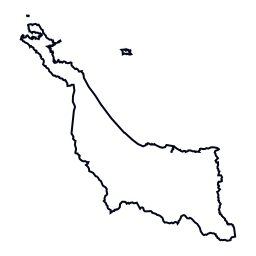 the district of Kusapín, Ngöbe Buglé, Panama
{"feature_id": "35544464B37118693502086", "entity_name": "Kusapín", "entity_type": "district", "adm_level": 2, "iso_a3": "PAN", "parent_name": "Panama", "parent_adm1": "Ngöbe Buglé", "projection": "natural_earth1", "projection_center": [-81.617, 8.861], "detail": "fine", "context": "isolated", "style": "outline", "palette": "ink", "viewbox_px": 256, "rotation_deg": 0, "n_neighbors": 0, "source": "geoboundaries", "source_scale": "gbopen_adm2", "svg_char_len": 5655}
<svg xmlns="http://www.w3.org/2000/svg" viewBox="0 0 256 256"><path d="M110.6,212.8L112.8,211.2L114.2,211.0L114.6,209.8L115.9,209.9L116.4,209.3L117.6,209.3L118.9,208.3L119.8,207.2L120.0,204.1L122.3,201.7L125.5,201.9L126.7,203.7L128.2,202.8L129.2,203.7L130.3,202.9L132.3,202.4L133.9,203.3L136.8,202.7L140.1,208.7L140.8,207.8L142.4,207.4L143.3,208.2L143.8,210.3L145.1,211.4L150.9,211.1L151.8,211.8L152.3,212.8L156.0,213.9L157.0,214.8L159.7,215.6L162.4,217.8L163.6,221.4L164.8,222.6L166.1,222.3L169.7,223.4L171.6,222.6L172.6,223.3L173.7,223.0L174.5,222.2L175.9,222.1L177.2,222.6L177.6,223.7L178.6,222.3L178.7,221.0L179.7,220.0L180.8,217.9L181.1,216.5L182.5,215.5L184.0,215.1L185.1,215.7L187.3,218.3L189.2,218.4L189.9,217.8L191.5,218.6L194.9,222.3L197.2,223.9L199.7,227.5L200.8,231.4L202.8,234.4L203.9,235.0L205.4,234.6L206.4,234.9L207.9,233.8L210.3,232.8L212.5,233.4L213.8,233.3L214.7,234.1L215.6,234.1L216.0,235.9L217.1,236.5L217.5,238.0L218.8,238.4L219.3,239.4L220.3,240.2L221.6,239.8L222.5,240.2L225.0,239.8L226.6,240.6L228.7,240.6L230.6,240.0L230.6,239.0L231.8,237.3L235.2,236.6L234.1,228.0L233.4,226.2L232.8,225.9L232.8,225.0L231.2,224.1L229.5,224.4L229.0,223.9L228.2,224.5L227.7,224.4L227.3,223.8L227.7,223.5L227.2,223.2L226.6,221.4L225.1,220.2L225.0,218.8L222.1,216.2L221.4,214.8L220.2,214.3L220.4,213.3L219.3,212.7L219.6,211.2L218.8,209.5L219.8,207.4L219.6,206.2L220.7,203.9L218.9,201.7L219.0,200.6L218.3,200.2L218.7,198.0L218.0,197.2L218.5,195.3L217.2,191.9L218.1,191.5L220.0,189.3L218.3,188.0L218.2,187.3L219.1,186.1L218.6,185.2L217.9,184.9L218.2,182.4L218.8,181.7L219.8,181.9L221.9,181.0L221.9,179.9L221.3,179.0L222.1,177.3L221.0,175.3L218.3,175.3L219.4,171.3L218.4,170.8L218.2,168.8L217.5,168.4L217.5,166.4L218.1,165.3L218.0,162.3L216.5,162.6L215.5,160.7L218.0,158.2L215.7,155.4L215.5,153.7L214.7,152.6L215.3,150.9L218.3,149.7L218.9,149.2L218.6,148.8L216.7,147.8L213.5,147.3L211.0,147.3L208.6,148.5L206.2,148.2L205.0,149.0L203.3,149.1L200.6,148.6L199.9,149.0L199.7,150.3L198.4,151.5L198.7,151.8L195.6,151.5L195.3,152.9L195.4,151.8L194.6,151.2L192.6,151.3L190.4,150.4L188.3,150.5L187.9,151.1L186.0,151.8L186.1,151.4L184.0,150.8L182.7,151.6L180.9,151.0L180.2,149.9L179.6,150.2L177.3,148.9L174.1,146.5L173.3,147.3L173.3,149.2L171.9,150.6L171.6,152.7L171.4,151.3L172.1,150.1L173.1,149.2L173.0,148.4L172.8,148.8L172.1,149.4L172.9,148.6L172.9,147.3L173.5,146.2L166.5,145.0L165.0,147.2L162.1,147.7L160.0,147.1L154.5,144.5L154.4,144.1L153.0,144.7L151.9,143.9L151.0,144.7L148.0,143.2L147.4,144.0L147.2,143.7L146.1,144.1L145.7,145.3L143.0,146.3L137.9,144.0L132.2,139.6L125.0,133.0L124.1,132.6L111.3,118.3L100.7,104.1L95.3,95.6L88.8,86.9L83.8,77.6L83.7,75.2L83.1,74.1L83.3,73.6L81.7,72.0L81.8,71.1L79.1,71.6L77.8,69.5L76.3,68.6L75.6,69.1L75.0,68.9L71.5,65.4L71.5,62.8L70.8,62.4L68.9,63.1L67.1,63.1L65.9,62.8L65.6,61.9L63.8,61.4L62.3,62.6L61.5,61.9L60.3,62.3L60.0,61.8L59.6,62.2L58.3,60.8L58.9,59.2L56.9,62.2L56.4,62.5L55.0,61.8L55.0,62.8L54.4,62.8L53.6,61.5L54.4,61.5L54.7,60.8L54.1,60.5L54.1,59.5L53.6,59.2L53.6,57.2L52.3,54.5L52.6,54.1L52.4,53.4L52.9,53.3L53.1,52.8L52.8,51.8L52.2,52.2L51.7,52.1L51.6,51.6L50.8,51.8L51.0,50.8L50.2,50.6L50.3,49.9L50.7,49.7L50.7,48.8L50.0,48.6L50.3,47.4L49.6,47.2L49.2,47.7L49.0,47.1L48.4,47.2L47.4,46.5L49.3,46.1L49.5,45.6L50.6,45.6L51.1,46.2L52.4,46.1L52.8,45.8L52.3,45.6L52.4,45.1L55.0,44.4L55.8,43.1L53.2,42.9L52.8,42.4L52.9,41.6L51.5,39.7L49.6,39.7L46.4,37.5L45.7,35.4L44.8,34.8L43.1,32.4L42.7,30.0L41.4,29.4L38.7,24.7L37.2,25.2L36.8,24.5L35.5,23.9L33.9,24.2L32.3,25.1L32.0,24.4L30.8,24.2L28.3,24.7L28.0,25.0L28.7,27.0L28.6,28.7L29.1,29.1L29.4,31.2L29.8,31.0L32.1,33.1L32.7,32.0L34.6,31.8L35.6,32.9L36.6,32.6L37.9,32.7L38.7,33.5L40.2,33.3L40.6,34.1L41.7,34.1L41.8,35.3L40.6,36.3L39.4,35.8L38.7,36.4L39.5,37.2L38.8,39.1L36.4,38.4L35.7,38.7L35.7,37.5L32.7,36.6L32.0,37.4L33.1,38.4L32.1,39.2L29.5,37.9L27.5,35.4L26.5,35.8L25.7,37.3L23.2,37.8L22.7,36.7L23.5,35.5L22.9,35.1L21.7,36.3L20.8,39.4L22.5,39.9L23.0,41.2L24.3,41.5L25.0,42.4L27.4,43.4L29.4,45.4L29.9,46.8L30.4,46.0L31.0,46.0L32.0,47.1L32.7,47.2L33.6,48.0L33.5,48.6L34.0,49.4L35.7,50.9L36.2,50.6L36.5,50.9L36.1,52.4L37.5,52.5L40.0,54.6L40.6,55.4L40.5,56.3L41.2,56.8L41.2,58.1L41.8,58.9L43.1,59.3L43.8,60.7L43.8,62.1L43.1,64.4L44.6,66.0L45.7,66.0L46.4,67.7L47.9,68.4L48.8,69.4L49.3,71.3L51.0,72.6L53.1,75.4L54.2,75.8L54.9,75.5L56.3,76.7L57.3,76.3L59.2,76.9L59.2,77.6L59.9,78.2L62.5,78.7L63.0,79.8L64.4,80.3L65.3,80.0L67.3,83.4L67.5,86.0L70.6,85.6L71.5,84.8L73.6,84.8L74.4,90.7L73.0,95.9L72.8,101.7L74.7,105.7L75.0,107.1L73.9,110.6L71.5,133.5L73.5,136.8L73.0,138.7L74.6,140.5L75.5,140.9L74.9,144.5L76.1,149.0L75.3,152.9L75.9,153.4L77.6,153.5L78.1,154.5L79.6,155.5L79.7,156.0L79.2,156.8L79.6,158.7L81.6,160.6L83.3,161.3L85.4,161.2L87.0,162.1L88.4,162.1L87.9,163.5L85.9,165.0L87.7,166.5L89.0,168.6L89.2,171.1L93.1,172.8L95.6,176.2L96.8,176.5L98.1,177.7L99.2,179.9L100.9,181.0L102.9,185.7L105.4,187.2L106.8,189.1L106.5,190.4L107.2,194.0L106.6,195.0L105.3,195.9L104.5,198.5L104.8,200.0L103.8,201.0L105.9,203.1L106.6,205.2L107.6,206.0L107.6,207.5L108.1,208.6L110.7,210.1L110.6,212.8ZM124.3,49.5L121.5,49.8L122.2,50.5L122.7,51.8L122.8,54.3L124.5,53.5L125.2,53.9L126.6,53.7L126.7,54.1L127.9,53.8L128.6,54.3L129.5,54.0L130.0,54.6L131.3,54.2L129.5,52.1L130.0,51.5L129.4,51.5L129.6,50.9L129.1,51.2L129.0,50.9L129.5,50.8L129.5,50.5L128.4,50.4L128.4,49.9L127.1,49.5L127.3,49.8L125.8,50.7L124.3,49.5ZM60.5,41.1L60.2,40.5L59.1,41.2L59.6,41.5L60.5,41.1ZM57.5,42.6L58.4,42.4L58.0,42.0L57.5,42.6ZM29.4,16.1L28.6,15.7L28.3,16.1L29.4,16.1ZM27.1,15.5L26.2,15.4L27.4,15.8L27.1,15.5ZM53.1,40.9L53.0,40.5L52.5,40.6L52.6,40.8L53.1,40.9Z" fill="none" stroke="#020617" stroke-width="2"/></svg>